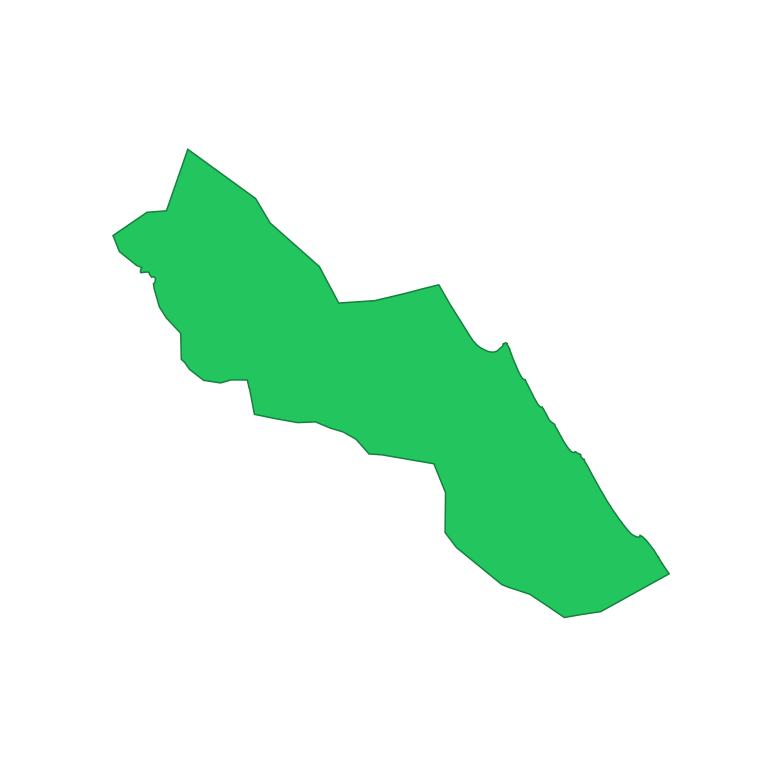 outline of San Pedro Huamelula, Oaxaca, Mexico, rotated 251°
{"feature_id": "50627088B52773743390897", "entity_name": "San Pedro Huamelula", "entity_type": "district", "adm_level": 2, "iso_a3": "MEX", "parent_name": "Mexico", "parent_adm1": "Oaxaca", "projection": "albers", "projection_center": [-95.84, 15.975], "detail": "fine", "context": "isolated", "style": "filled", "palette": "green", "viewbox_px": 768, "rotation_deg": 251, "n_neighbors": 0, "source": "geoboundaries", "source_scale": "gbopen_adm2", "svg_char_len": 3386}
<svg xmlns="http://www.w3.org/2000/svg" viewBox="0 0 768 768"><g transform="rotate(251 384 384)"><path d="M397.5,251.6L386.9,269.5L375.6,289.8L370.5,306.9L359.5,319.2L352.1,329.6L340.8,339.6L322.7,347.1L317.6,359.2L311.6,370.1L293.1,403.8L292.3,405.2L261.2,406.8L223.7,393.4L205.9,399.2L181.7,414.2L156.1,430.0L155.0,431.2L151.6,435.1L137.7,453.4L115.9,470.0L104.5,478.5L101.8,495.3L98.2,514.9L107.9,570.1L109.5,579.3L111.7,591.9L112.1,591.8L113.6,591.3L117.0,590.4L119.6,589.6L120.0,589.6L120.7,589.3L121.1,589.3L123.8,588.6L125.4,588.2L127.7,587.7L129.4,587.3L130.0,587.2L130.6,587.4L130.9,586.9L131.1,587.1L132.0,586.9L132.4,586.6L133.7,586.3L135.2,586.0L137.4,585.5L139.5,585.0L143.0,583.8L144.6,583.3L146.7,582.6L148.8,581.8L149.8,581.5L151.2,580.9L152.8,580.1L153.2,580.0L153.8,579.5L154.2,579.4L154.8,579.1L155.1,578.8L156.4,578.0L156.6,577.7L156.7,577.3L156.9,577.0L157.5,577.0L157.6,576.8L157.0,576.4L156.7,576.4L156.3,575.9L156.3,575.3L156.5,574.4L156.7,573.9L157.4,572.9L158.1,572.1L158.8,571.4L159.7,570.6L161.0,569.5L163.1,568.3L164.8,567.6L166.9,566.7L168.7,566.1L170.8,565.2L171.2,565.3L172.5,564.7L173.9,564.2L175.5,563.9L177.0,563.3L180.1,562.2L182.7,561.5L184.8,561.0L186.4,560.5L188.1,560.0L191.2,559.1L192.8,558.7L195.3,558.3L196.2,557.9L197.6,557.6L200.8,556.8L202.4,556.5L208.2,555.4L212.8,554.4L220.5,553.0L230.1,551.3L236.4,550.4L240.5,549.7L241.9,549.5L243.6,549.0L245.2,548.6L246.1,548.5L246.5,548.7L247.0,548.9L247.6,548.8L247.8,548.3L247.9,548.0L248.3,547.8L249.3,547.3L250.2,546.9L251.1,546.5L252.2,546.9L252.9,547.0L253.7,546.8L254.1,546.0L254.5,545.5L255.0,545.2L255.6,544.5L256.1,544.0L256.7,543.7L257.2,543.3L257.7,542.7L257.3,542.5L257.4,541.8L257.5,541.0L258.3,539.7L259.9,538.6L264.6,536.9L270.9,535.3L277.7,534.1L282.4,533.3L285.7,532.8L287.8,532.2L289.6,532.3L291.2,531.7L292.1,531.0L292.9,530.4L294.1,529.5L296.8,528.4L300.5,527.9L304.3,527.3L306.1,526.9L308.5,526.7L310.0,526.0L310.7,526.1L310.6,525.3L312.4,523.8L314.7,522.9L318.9,522.1L323.8,521.2L325.2,521.2L329.2,520.5L333.4,520.0L338.3,519.3L340.5,518.9L341.6,519.1L342.3,518.7L342.7,517.7L344.5,516.6L347.6,515.9L351.5,515.3L356.7,514.9L359.3,514.7L366.7,514.2L373.2,514.1L374.8,513.9L375.3,514.1L375.8,514.4L376.4,514.2L376.9,514.0L378.1,514.0L379.3,513.7L380.8,513.5L381.6,513.3L382.2,513.7L382.9,512.9L383.3,512.7L383.4,511.8L383.2,511.4L382.9,511.0L383.2,510.5L383.3,509.9L382.8,509.5L382.3,509.1L381.4,508.9L381.1,508.5L380.7,507.5L380.4,506.6L380.1,505.6L379.6,504.5L378.7,502.7L378.4,501.4L378.3,498.8L378.8,496.8L380.3,493.9L381.6,492.3L383.3,490.4L385.4,488.4L387.1,486.9L390.7,484.5L395.9,482.3L402.3,480.6L405.9,479.8L410.6,478.7L420.9,476.4L424.3,475.5L427.5,474.8L431.4,473.9L436.8,472.6L444.0,471.2L452.4,469.6L459.7,468.2L459.9,468.1L460.1,466.5L460.7,459.7L461.6,449.4L462.6,435.4L462.9,432.4L465.8,402.5L475.3,367.5L486.6,365.8L499.4,363.7L516.2,361.1L518.2,359.9L573.2,328.8L601.1,323.0L669.8,274.9L618.6,234.7L623.5,215.8L612.6,176.1L595.1,177.0L576.6,188.7L573.0,192.9L571.7,191.4L569.2,190.1L568.2,190.6L567.9,193.0L566.8,197.0L565.9,198.2L564.1,197.9L560.6,199.0L560.5,201.0L558.3,202.4L554.5,200.4L554.1,199.1L554.0,198.7L548.8,197.7L530.1,196.7L517.4,199.7L498.1,208.3L473.4,200.4L469.4,202.5L461.1,204.9L446.2,214.6L438.3,229.6L438.0,232.6L437.7,240.6L432.3,256.1L424.6,255.2L421.9,255.1L397.5,251.6Z" fill="#22c55e" stroke="#15803d" stroke-width="1.5"/></g></svg>